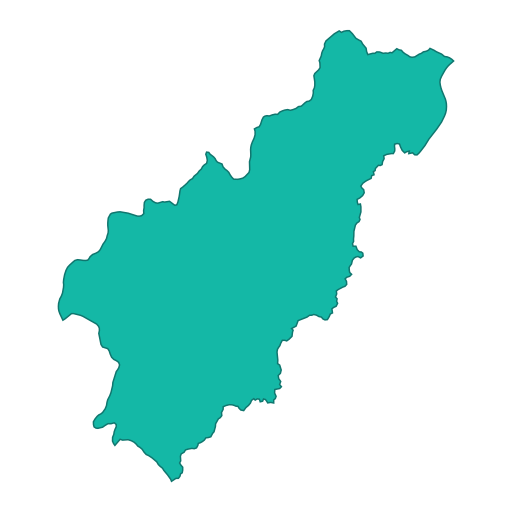 Gurupi, Tocantins, Brazil
{"feature_id": "56859067B58866139989342", "entity_name": "Gurupi", "entity_type": "district", "adm_level": 2, "iso_a3": "BRA", "parent_name": "Brazil", "parent_adm1": "Tocantins", "projection": "robinson", "projection_center": [-48.876, -11.658], "detail": "fine", "context": "isolated", "style": "filled", "palette": "teal", "viewbox_px": 512, "rotation_deg": 0, "n_neighbors": 0, "source": "geoboundaries", "source_scale": "gbopen_adm2", "svg_char_len": 6007}
<svg xmlns="http://www.w3.org/2000/svg" viewBox="0 0 512 512"><path d="M206.6,152.1L205.8,154.2L206.8,157.3L207.3,160.4L206.6,163.4L204.3,164.9L202.6,166.6L201.3,169.1L199.2,171.0L197.5,173.4L194.1,176.2L192.5,178.6L190.2,179.9L188.7,181.3L187.0,183.3L182.6,187.2L180.6,188.6L180.0,190.8L179.2,196.4L177.9,202.1L176.8,204.8L174.8,205.3L169.5,201.3L164.5,202.1L162.7,201.7L157.8,203.2L155.5,202.8L152.8,201.3L150.6,199.3L148.1,199.2L145.8,200.2L144.4,202.4L144.1,205.2L144.1,207.8L143.6,210.6L143.8,213.6L141.6,215.7L139.2,216.2L137.3,216.1L128.2,213.2L120.1,211.8L117.5,212.0L112.0,213.1L110.4,214.1L108.3,218.0L108.0,220.4L107.8,222.9L107.8,225.4L108.3,230.5L108.1,233.0L107.2,235.7L106.5,238.6L105.0,241.4L103.1,244.0L100.2,249.7L98.5,251.7L96.1,253.1L92.6,254.5L90.1,256.7L89.1,258.5L87.7,260.2L85.5,260.5L83.1,260.4L80.4,260.0L77.5,259.7L74.8,260.5L72.9,262.1L69.7,265.0L67.6,267.3L66.0,270.4L64.6,274.7L63.7,279.4L63.4,282.5L63.7,284.7L63.5,287.5L62.5,293.1L61.3,296.2L59.8,298.9L58.6,303.4L58.4,306.3L58.5,308.9L58.9,311.0L59.8,313.6L62.9,320.2L65.1,318.8L71.5,313.6L73.7,313.6L80.5,315.3L82.9,316.3L96.7,324.1L98.4,326.1L99.3,328.0L99.4,330.6L98.8,333.4L101.0,344.5L102.6,347.0L107.7,348.6L109.2,350.9L110.2,354.0L111.6,357.2L113.8,359.4L116.4,360.7L118.6,362.3L119.6,364.9L118.8,367.7L117.6,369.8L116.3,371.5L112.9,382.4L112.6,385.8L111.0,392.5L109.8,395.7L107.7,399.8L107.0,402.4L106.5,405.6L105.2,408.8L102.6,412.5L100.7,414.0L98.8,414.9L97.2,416.3L95.1,418.9L93.4,421.8L93.5,424.7L94.1,426.9L96.0,428.1L97.9,428.3L102.6,427.2L104.8,425.6L107.9,423.7L111.1,423.7L114.3,422.8L116.2,424.5L116.2,426.9L115.1,429.2L114.2,431.8L113.8,434.4L112.6,437.3L112.5,441.1L113.6,443.6L114.9,445.4L120.1,439.3L122.6,440.1L128.1,439.7L131.3,440.7L134.1,442.2L136.2,444.1L137.8,446.1L140.0,447.4L142.2,449.3L144.1,452.2L146.2,454.5L148.5,455.5L152.0,457.8L156.8,461.9L158.3,464.5L160.1,466.3L162.5,468.2L163.9,470.5L167.6,474.9L170.7,479.3L171.5,481.3L175.9,478.4L178.4,478.3L179.9,476.4L180.6,473.8L182.2,472.8L182.7,470.2L182.7,467.2L180.9,465.1L179.6,463.0L180.7,460.9L180.4,456.2L181.2,453.9L184.1,452.2L185.5,449.9L188.1,449.1L191.8,448.4L194.3,448.7L196.5,447.9L197.8,445.5L198.3,443.4L200.4,442.7L202.5,441.5L204.4,440.0L205.9,437.8L208.1,437.6L210.8,436.8L212.6,433.4L214.0,431.8L215.4,426.6L215.6,423.8L218.4,418.8L220.2,417.7L221.8,415.6L221.5,412.5L223.1,409.4L223.2,406.7L226.0,405.5L229.2,404.7L232.1,404.8L234.2,405.4L236.0,406.2L237.9,406.3L239.1,408.3L240.8,410.0L243.7,410.6L245.9,407.6L248.5,405.4L250.4,403.1L251.5,400.4L253.8,398.7L255.2,400.1L257.2,398.9L259.4,399.2L260.2,401.8L262.6,401.2L263.5,399.0L265.4,399.5L266.7,401.2L267.7,402.9L270.7,402.4L273.7,403.0L273.7,399.9L275.3,398.6L276.1,396.3L274.6,393.0L274.8,389.5L279.7,388.5L281.4,386.7L279.6,384.5L280.7,381.5L278.7,378.7L278.2,375.5L280.4,373.3L281.2,370.0L279.7,365.1L277.6,363.6L277.8,360.1L277.0,352.0L277.5,349.2L278.6,347.4L279.9,345.6L280.7,343.3L282.3,340.3L284.8,340.3L286.7,340.9L289.1,339.2L292.0,336.3L292.5,332.2L293.1,330.2L291.6,328.5L296.1,326.1L298.1,320.6L307.0,317.1L309.5,315.3L311.8,315.2L313.7,314.5L316.4,315.1L318.8,316.5L321.4,317.1L323.0,319.0L325.0,319.9L327.4,319.6L329.2,316.6L330.3,314.0L332.5,312.9L331.9,308.8L333.7,307.4L336.1,306.3L337.6,303.3L336.6,301.3L337.1,298.8L335.5,297.0L336.7,293.9L336.3,291.0L338.1,289.6L342.6,287.2L345.0,286.3L346.7,284.4L346.5,281.4L345.1,278.8L346.9,277.2L349.7,276.3L351.6,274.3L349.7,272.5L349.3,270.4L349.1,267.5L350.3,265.6L351.5,264.0L352.4,260.2L354.2,258.0L355.9,257.0L358.0,256.5L360.6,257.9L363.1,256.0L362.8,253.2L361.3,252.0L359.3,251.8L357.2,249.7L355.9,246.2L353.1,246.2L352.5,243.6L353.6,241.4L353.5,239.0L353.8,236.1L353.9,231.3L355.4,225.1L356.9,223.0L359.0,221.6L360.0,219.5L359.3,217.5L360.9,211.9L360.9,206.9L360.4,204.0L358.0,204.5L357.3,202.1L357.1,199.4L359.9,197.9L362.6,195.6L364.2,192.8L363.7,189.7L361.9,188.0L360.8,186.1L362.8,183.3L365.2,181.5L367.0,180.4L371.1,178.4L371.7,175.6L374.0,174.8L373.4,171.6L375.1,170.6L375.4,168.5L378.4,165.3L380.3,165.5L382.1,164.6L382.6,161.6L384.1,158.7L383.7,155.8L386.7,154.4L391.2,153.6L393.3,153.6L394.7,151.0L394.8,148.9L394.5,146.4L394.6,144.2L397.1,143.5L399.5,144.0L400.5,146.9L402.2,150.4L404.7,152.9L406.7,151.7L409.3,151.1L408.8,153.6L412.6,152.8L414.7,154.8L417.0,154.9L418.8,153.3L420.5,151.3L424.9,145.6L428.9,139.1L436.7,129.1L441.5,122.1L444.4,116.2L445.6,113.1L446.3,110.0L446.5,106.6L446.4,103.9L446.0,101.5L445.4,99.2L441.8,90.5L440.9,87.7L440.3,85.1L439.9,82.1L440.3,79.2L441.6,76.2L443.6,72.6L445.2,69.8L446.6,67.8L448.1,66.0L449.5,64.6L453.6,61.0L451.8,59.3L449.5,57.8L447.2,56.9L444.5,56.5L441.6,54.1L436.3,51.7L434.1,50.3L430.0,48.4L428.6,50.1L426.4,51.2L423.3,51.9L421.3,53.4L419.3,54.1L414.8,56.9L412.0,57.3L409.8,56.8L407.9,55.4L405.2,53.9L403.0,52.2L401.4,50.3L398.9,49.8L396.8,48.7L392.0,52.8L390.1,52.4L388.1,53.3L385.8,53.0L383.1,53.3L379.7,52.0L376.8,51.9L374.9,53.3L372.7,53.3L367.8,54.6L366.6,51.5L366.1,48.2L362.7,44.1L361.1,41.2L358.8,40.0L355.9,38.3L352.4,33.7L349.4,30.7L346.8,30.7L343.9,31.2L341.4,32.4L339.2,30.9L334.3,33.8L326.0,40.9L324.5,44.1L324.6,46.7L323.8,48.7L322.6,50.8L321.8,53.0L321.2,56.1L319.2,60.6L319.9,62.8L320.1,67.6L318.7,69.8L314.8,73.5L313.9,75.7L314.8,81.9L314.8,85.6L314.3,88.1L313.2,90.3L313.3,93.1L312.7,96.2L311.3,99.5L309.2,101.1L306.8,101.5L305.0,102.8L301.3,106.2L298.4,106.6L296.1,108.4L293.0,109.6L290.3,110.3L287.7,109.6L284.7,110.1L282.6,110.8L279.9,112.0L277.6,114.4L275.2,114.2L272.2,114.9L269.3,116.0L267.0,115.7L265.0,116.1L263.4,117.1L262.0,119.8L260.5,124.5L259.1,126.8L256.9,127.5L254.4,128.9L255.1,131.3L255.1,134.8L254.1,138.2L252.4,141.9L251.3,144.9L250.8,147.3L250.6,149.6L250.8,154.6L250.7,157.0L249.5,161.7L249.7,169.7L249.0,172.5L245.1,176.6L242.9,178.1L240.0,178.9L237.9,179.3L233.7,179.2L231.7,177.1L230.1,174.8L228.8,172.4L226.9,170.5L225.1,169.2L223.0,166.8L222.0,164.0L217.5,162.2L216.1,160.6L215.1,158.6L213.6,156.9L210.0,154.1L208.8,152.4L206.6,152.1Z" fill="#14b8a6" stroke="#0f766e" stroke-width="1.5"/></svg>